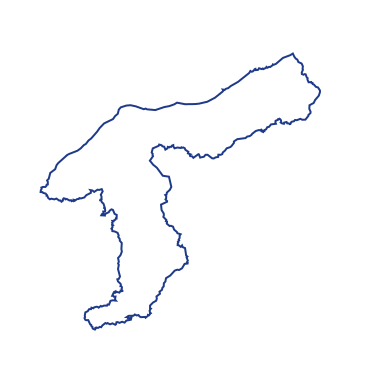 West Santo, Sanma, Vanuatu (orthographic projection), rotated 77°
{"feature_id": "77236927B51416444743643", "entity_name": "West Santo", "entity_type": "district", "adm_level": 2, "iso_a3": "VUT", "parent_name": "Vanuatu", "parent_adm1": "Sanma", "projection": "orthographic", "projection_center": [166.82, -15.308], "detail": "fine", "context": "isolated", "style": "outline", "palette": "blue", "viewbox_px": 384, "rotation_deg": 77, "n_neighbors": 0, "source": "geoboundaries", "source_scale": "gbopen_adm2", "svg_char_len": 6037}
<svg xmlns="http://www.w3.org/2000/svg" viewBox="0 0 384 384"><g transform="rotate(77 192 192)"><path d="M304.0,265.5L302.7,262.7L301.9,262.5L302.4,261.6L301.7,260.6L300.7,260.2L300.7,259.5L299.3,260.1L297.9,259.9L296.5,258.4L296.2,259.1L293.2,258.4L290.9,254.8L289.9,251.4L288.1,250.3L285.8,250.1L283.9,246.1L281.8,246.1L280.6,243.3L278.6,242.3L277.6,240.8L274.5,239.9L273.3,238.1L270.1,236.7L268.5,232.0L264.7,226.5L264.4,223.8L265.1,222.1L264.1,218.9L260.4,215.4L260.7,212.4L260.0,212.1L259.3,212.7L257.9,211.5L254.6,212.0L253.9,211.0L252.6,212.0L245.1,211.4L243.6,213.5L241.8,213.7L242.9,215.3L240.6,217.2L240.5,217.9L238.7,217.4L238.2,216.7L237.2,216.9L236.3,215.4L235.4,215.7L234.0,214.4L231.6,213.8L230.6,212.6L228.9,215.5L227.6,215.7L224.6,217.9L221.5,218.3L220.2,220.1L220.1,221.5L217.1,223.7L215.3,223.0L214.5,224.0L213.5,223.3L209.8,225.5L208.2,224.6L206.6,224.4L202.7,225.7L197.3,225.0L195.9,218.5L195.2,218.3L193.3,219.5L192.3,218.6L190.4,218.1L188.9,218.7L188.8,217.4L186.9,216.6L184.9,213.1L182.4,211.0L171.9,211.0L169.6,216.8L160.4,220.8L156.7,223.7L152.0,226.0L148.3,221.9L147.1,222.2L146.1,221.7L144.4,222.4L140.7,220.4L139.5,214.1L138.4,213.3L139.6,211.1L140.8,210.6L141.6,208.9L144.7,208.4L144.0,206.1L142.6,205.4L143.4,203.9L143.0,203.5L143.3,202.0L142.3,201.1L142.1,199.7L143.4,199.9L145.5,199.2L145.4,196.2L146.5,193.3L146.1,192.3L146.7,191.9L146.6,190.6L147.6,189.3L149.5,188.9L152.0,186.5L153.4,187.3L154.9,185.1L155.1,185.8L156.6,185.7L157.4,183.7L159.0,183.0L156.6,177.3L156.9,176.8L160.3,176.3L160.3,172.4L158.8,170.5L159.3,168.4L163.7,164.8L164.2,163.3L163.6,161.3L163.7,158.6L161.6,157.9L162.2,155.8L161.9,154.0L160.4,153.1L159.2,150.7L157.2,148.3L156.9,144.8L156.3,143.4L153.6,140.1L152.2,139.8L150.7,135.9L151.5,127.7L150.4,125.8L150.5,123.2L149.8,121.3L148.9,120.4L146.9,116.1L146.7,113.1L147.2,111.6L146.8,110.6L147.5,110.3L148.5,110.6L149.5,109.2L148.3,108.7L148.9,107.7L147.9,107.2L147.6,105.7L145.8,104.1L145.8,102.2L143.9,99.8L144.4,94.9L142.8,95.1L141.4,94.5L141.1,92.5L140.4,91.7L140.8,91.3L140.3,90.3L141.2,89.5L142.3,89.2L144.0,89.4L144.3,89.9L145.3,89.0L146.2,87.1L145.1,86.6L145.1,84.1L146.5,83.8L147.0,82.1L147.9,81.5L147.9,80.9L146.0,79.3L146.0,76.8L145.0,75.4L145.6,73.8L145.1,69.9L146.4,68.3L147.0,65.2L144.0,61.5L143.2,61.3L141.7,58.8L140.5,58.4L137.4,59.0L133.9,58.0L132.6,53.4L130.0,51.3L126.7,46.8L123.6,44.9L121.8,44.5L118.5,45.7L117.3,47.7L114.9,48.9L114.0,50.1L112.9,50.0L112.5,51.1L111.7,51.1L111.3,53.7L108.4,54.2L107.1,53.7L106.3,54.4L102.9,54.8L102.5,55.8L102.8,57.0L101.8,58.4L100.3,58.2L97.8,56.4L96.9,56.6L94.6,55.7L92.2,56.1L91.4,56.4L89.3,59.1L86.6,59.6L85.4,60.9L83.1,61.9L79.8,62.6L80.8,65.6L81.8,73.2L86.1,81.5L86.4,83.8L85.9,84.5L86.6,84.9L87.8,87.7L87.4,88.8L87.9,90.5L86.9,91.3L87.7,91.9L88.3,94.9L87.6,95.3L87.9,96.6L86.5,98.8L87.8,100.1L87.8,101.3L87.4,102.6L86.3,102.5L86.4,103.2L87.4,103.4L87.2,104.2L88.2,105.7L88.2,107.0L87.2,107.9L88.9,109.5L95.1,122.5L97.5,130.5L98.9,133.3L99.1,135.9L100.0,137.4L99.8,138.6L99.3,138.5L99.1,139.0L100.3,138.7L101.0,139.5L105.3,148.4L107.5,156.8L107.5,165.3L107.0,169.3L104.9,179.0L101.6,186.5L102.6,189.6L103.2,194.7L103.0,199.9L103.9,209.3L101.3,217.3L100.3,218.4L100.5,220.3L95.9,227.5L93.6,232.4L93.0,236.6L93.5,242.4L95.3,244.8L99.1,246.7L100.7,249.8L103.2,252.6L105.4,262.2L108.9,267.6L111.9,270.9L117.1,278.1L118.5,281.2L121.3,284.6L122.0,286.9L124.4,290.5L126.0,294.3L127.4,303.8L127.9,305.1L128.2,304.6L127.9,305.3L133.7,315.8L135.4,317.9L139.0,320.2L141.5,325.8L146.9,328.6L148.1,330.6L149.6,330.2L152.2,330.8L152.2,332.0L153.2,332.4L154.1,333.7L153.5,336.2L153.8,337.8L155.0,337.7L156.3,338.9L158.0,339.5L158.5,337.7L159.4,337.2L160.6,335.0L162.0,334.3L162.8,334.5L162.8,333.9L165.4,333.5L167.1,332.2L166.9,330.5L168.2,327.8L167.9,325.6L170.5,323.3L170.7,322.0L172.1,321.4L171.4,319.8L170.1,319.4L169.3,318.5L169.8,317.3L170.7,317.0L170.6,315.6L172.7,313.3L172.8,311.7L173.8,311.4L173.5,310.2L174.3,309.6L174.2,308.7L173.1,308.8L173.8,307.4L173.1,305.7L173.3,303.9L172.6,303.1L173.3,301.7L173.1,298.1L171.3,295.7L170.1,290.8L168.3,290.2L167.3,290.6L168.1,288.7L169.9,287.3L168.5,283.6L169.1,282.0L168.9,279.3L171.3,278.9L174.2,281.5L175.8,281.2L178.7,281.7L178.8,283.0L179.4,283.3L179.7,282.4L181.6,282.2L183.4,280.9L186.5,280.6L187.7,281.2L188.0,280.5L190.4,280.7L191.3,281.1L191.1,282.9L193.4,282.9L193.2,284.0L194.1,284.2L193.6,285.0L194.3,285.6L195.3,282.2L194.6,282.1L193.6,280.7L193.0,277.7L191.6,276.3L190.8,274.4L191.6,273.1L195.9,272.3L197.4,270.5L200.7,271.4L200.4,272.0L201.7,272.8L202.2,274.7L202.8,274.9L202.4,276.0L203.2,275.8L204.0,276.8L205.0,276.6L205.8,277.2L206.7,276.4L207.1,277.3L208.3,277.3L209.6,278.7L210.0,278.2L212.2,278.4L213.0,276.3L215.0,273.7L217.9,273.2L219.1,274.0L221.4,273.0L223.3,273.3L225.9,271.9L231.6,273.6L234.4,273.8L237.6,276.0L239.7,278.9L243.5,279.0L245.1,280.1L246.5,279.7L250.4,281.4L258.2,281.2L260.2,282.9L260.3,284.4L262.5,284.2L265.3,282.3L266.4,282.2L267.6,282.8L267.7,282.2L269.0,281.7L270.8,282.3L271.0,283.3L271.1,282.6L272.2,282.2L272.1,283.1L272.8,282.8L272.8,284.5L273.7,285.4L272.4,287.8L272.8,289.2L271.6,289.0L272.0,290.6L275.2,293.1L275.5,292.1L276.5,291.6L276.7,290.1L279.4,291.2L280.7,290.6L279.7,293.6L279.7,295.9L283.1,298.2L282.6,299.6L283.6,300.4L282.9,303.3L283.3,305.7L282.5,306.5L283.7,308.9L282.7,309.8L282.3,311.0L282.4,313.3L283.1,314.2L282.1,316.0L283.4,316.7L283.0,318.6L284.7,320.4L285.3,323.0L288.4,324.3L289.8,324.3L290.6,325.1L292.4,324.8L293.1,323.9L293.5,321.9L298.1,321.0L298.8,320.1L300.1,320.2L301.1,319.3L302.0,319.6L303.0,319.2L304.2,317.5L303.3,316.4L302.7,316.6L302.5,315.8L303.3,314.2L302.7,312.1L303.3,310.9L301.9,309.4L300.2,305.9L301.1,304.8L300.7,303.8L302.5,301.6L302.1,299.1L304.1,296.6L303.7,295.7L301.9,294.9L302.0,293.8L303.2,292.1L302.7,289.3L304.1,287.1L302.5,284.8L302.7,280.3L300.8,279.3L301.1,281.6L300.3,282.0L300.4,282.8L299.5,282.9L299.2,283.8L298.4,281.7L299.4,276.8L298.5,275.3L299.8,273.7L299.9,271.8L301.6,271.0L302.5,269.8L303.2,265.7L304.0,265.5Z" fill="none" stroke="#1e3a8a" stroke-width="2"/></g></svg>